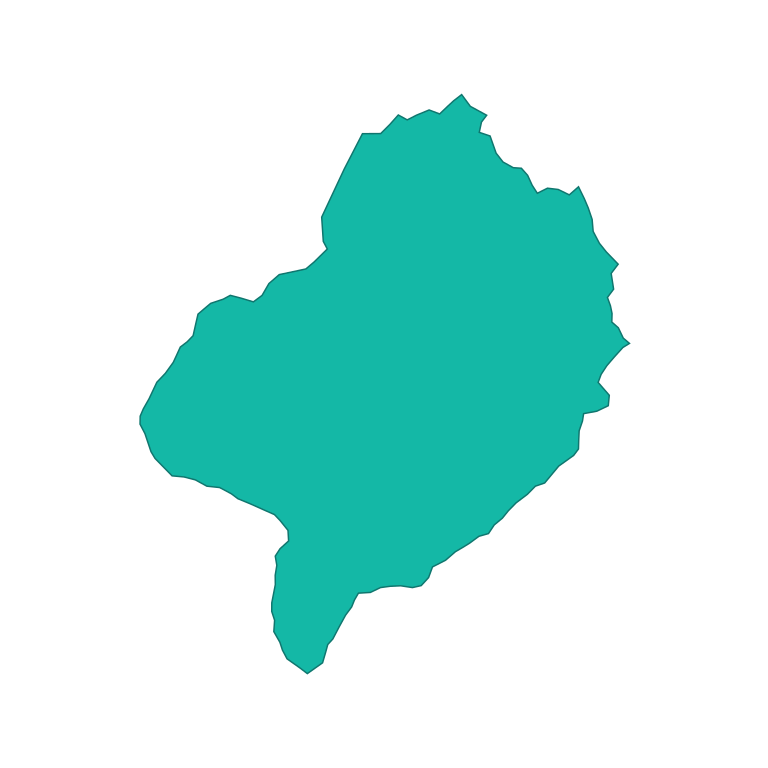 Piraquara, Paraná, Brazil (Mercator projection), rotated 281°
{"feature_id": "56859067B90549461682461", "entity_name": "Piraquara", "entity_type": "district", "adm_level": 2, "iso_a3": "BRA", "parent_name": "Brazil", "parent_adm1": "Paraná", "projection": "mercator", "projection_center": [-49.059, -25.469], "detail": "fine", "context": "isolated", "style": "filled", "palette": "teal", "viewbox_px": 768, "rotation_deg": 281, "n_neighbors": 0, "source": "geoboundaries", "source_scale": "gbopen_adm2", "svg_char_len": 1943}
<svg xmlns="http://www.w3.org/2000/svg" viewBox="0 0 768 768"><g transform="rotate(281 384 384)"><path d="M625.6,315.1L587.6,304.0L535.9,291.0L512.4,297.2L505.7,302.6L490.3,292.0L482.0,285.3L471.4,260.3L460.7,251.9L447.7,247.4L439.7,240.1L441.0,227.3L441.7,216.2L436.6,210.0L430.1,198.5L423.3,193.0L417.1,188.1L408.7,187.8L395.0,187.4L387.8,182.7L381.4,177.0L372.6,174.9L365.0,173.0L352.7,167.3L342.4,160.7L324.7,156.2L313.7,152.5L305.9,150.8L298.0,152.2L289.7,158.8L273.1,168.2L267.2,173.5L253.4,193.5L254.6,205.4L253.9,217.1L249.9,229.6L251.0,242.4L247.1,255.1L243.5,262.5L241.0,275.0L237.4,290.5L234.9,301.4L230.2,308.0L222.0,317.7L211.7,320.3L202.5,313.4L194.3,310.1L185.5,313.4L175.5,313.7L166.3,315.6L156.2,315.6L147.8,315.6L139.3,317.2L131.2,321.7L119.9,323.1L110.6,331.1L103.4,335.1L95.7,341.3L89.3,355.5L85.1,364.0L98.6,376.9L109.5,377.9L117.5,378.5L123.9,382.4L137.3,386.4L149.8,390.4L159.0,394.8L166.3,396.2L173.8,398.8L176.8,410.4L183.5,419.4L186.6,428.6L189.1,438.9L189.6,450.8L193.2,459.0L202.5,464.7L213.7,466.5L222.8,478.1L233.0,486.1L239.0,492.9L244.3,498.6L252.6,506.2L257.1,515.1L266.7,519.1L274.9,525.8L283.2,530.2L292.6,536.4L303.1,545.8L312.6,552.1L317.5,560.6L336.8,571.2L350.1,583.8L357.3,587.3L365.7,585.9L375.3,584.5L385.5,585.9L393.0,585.6L397.9,598.1L405.5,608.3L415.9,607.3L426.4,593.9L434.9,595.3L444.6,599.3L454.1,604.7L465.4,611.5L470.7,617.2L474.7,610.1L483.9,603.3L488.3,595.8L496.7,594.4L504.1,591.3L511.6,586.8L520.9,591.3L535.9,585.9L546.3,591.0L556.0,577.1L563.2,568.6L573.7,560.2L585.3,556.9L595.8,550.9L604.1,545.3L614.7,537.3L605.0,529.8L608.2,517.9L607.4,507.1L600.5,498.1L607.4,491.5L616.2,485.2L622.0,477.7L621.0,469.6L624.6,458.5L632.0,450.0L647.7,440.8L649.2,429.5L659.7,429.7L667.4,433.5L673.0,415.8L682.9,405.0L675.4,398.4L669.3,393.9L659.7,387.1L661.6,376.0L654.1,364.6L647.7,356.4L650.8,346.7L639.7,340.1L629.2,333.0L625.6,315.1Z" fill="#14b8a6" stroke="#0f766e" stroke-width="1.5"/></g></svg>